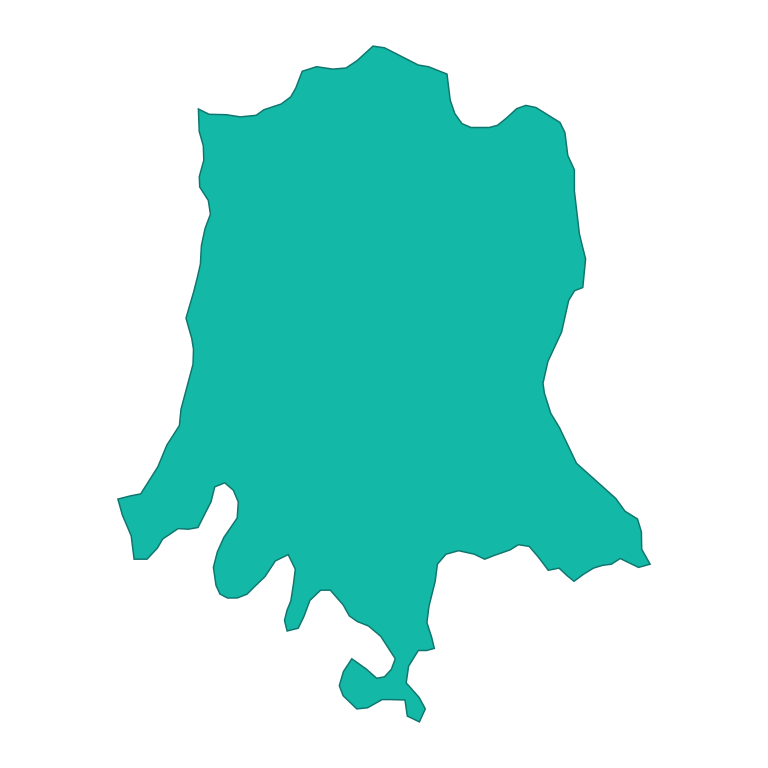 Andirá, Paraná, Brazil (Equal Earth projection)
{"feature_id": "56859067B52775049896070", "entity_name": "Andirá", "entity_type": "district", "adm_level": 2, "iso_a3": "BRA", "parent_name": "Brazil", "parent_adm1": "Paraná", "projection": "equal_earth", "projection_center": [-50.276, -23.026], "detail": "fine", "context": "isolated", "style": "filled", "palette": "teal", "viewbox_px": 768, "rotation_deg": 0, "n_neighbors": 0, "source": "geoboundaries", "source_scale": "gbopen_adm2", "svg_char_len": 2148}
<svg xmlns="http://www.w3.org/2000/svg" viewBox="0 0 768 768"><path d="M198.4,109.0L199.2,131.4L203.3,145.7L203.8,160.3L199.3,176.6L199.7,187.0L208.3,200.4L210.4,214.3L205.1,228.4L201.4,245.6L200.4,264.0L197.5,276.8L193.8,291.4L186.0,318.1L191.8,338.7L193.5,349.3L193.0,364.3L181.0,409.2L179.4,425.5L166.9,445.0L157.9,466.7L140.7,493.9L130.7,495.8L117.9,499.1L122.4,515.1L131.2,535.8L134.1,559.2L147.0,559.2L157.4,548.1L162.7,539.0L178.1,528.6L188.5,529.2L198.0,527.5L206.4,510.8L211.0,501.9L214.7,486.9L224.7,482.8L233.3,490.2L238.3,501.9L237.2,518.0L223.8,537.5L217.3,552.0L213.4,567.4L216.0,585.4L220.0,594.1L227.5,598.0L237.2,598.0L247.1,594.1L255.3,585.9L265.0,576.6L275.4,560.9L288.2,554.6L295.3,569.2L293.5,583.7L290.8,601.1L287.1,610.0L284.5,620.4L287.1,631.0L298.2,628.2L303.9,616.5L309.9,600.4L320.6,590.2L330.3,590.2L343.1,604.8L349.4,616.0L357.6,621.7L368.5,626.0L380.8,636.4L395.3,658.8L391.3,669.4L384.5,676.8L376.7,678.3L366.2,669.0L351.8,658.8L343.4,671.6L339.3,685.7L343.1,695.7L356.8,708.9L367.5,707.8L382.1,699.6L391.6,699.6L405.0,700.0L407.3,716.1L419.4,721.9L425.3,708.9L419.1,697.4L406.2,682.9L408.6,666.2L418.3,650.5L426.6,650.5L434.3,648.4L431.6,637.1L426.9,622.6L429.0,606.1L435.2,581.3L437.4,564.2L446.0,554.2L458.6,550.7L474.3,554.2L484.7,559.2L494.6,555.3L510.1,549.9L518.4,544.7L529.2,546.4L538.3,557.0L548.3,570.3L559.0,568.1L567.4,575.9L574.0,581.3L583.6,574.2L593.5,568.1L602.7,565.3L611.4,564.2L620.2,558.5L630.5,563.5L638.5,567.4L650.1,564.2L641.7,549.2L641.4,531.9L637.5,519.0L625.0,511.2L615.7,498.4L576.5,463.3L559.5,427.7L550.8,413.4L544.4,393.2L543.0,383.2L547.9,361.5L561.6,332.0L568.7,300.3L574.6,290.7L582.8,287.5L585.6,259.0L582.8,247.8L579.4,233.9L574.4,191.1L574.4,169.8L567.8,155.5L564.9,132.5L560.0,122.5L535.9,107.5L525.9,105.4L516.8,108.6L506.3,118.2L497.5,125.3L489.3,127.5L471.0,127.5L461.9,123.6L454.8,113.6L450.2,100.1L447.0,74.1L428.5,66.7L418.2,65.0L384.5,47.8L373.0,46.1L357.1,60.6L346.0,68.0L332.7,69.1L316.5,66.7L302.2,71.3L295.8,88.0L290.7,96.9L281.2,104.0L264.0,109.7L256.1,115.3L240.4,116.9L226.3,114.7L209.1,114.3L198.4,109.0Z" fill="#14b8a6" stroke="#0f766e" stroke-width="1.5"/></svg>